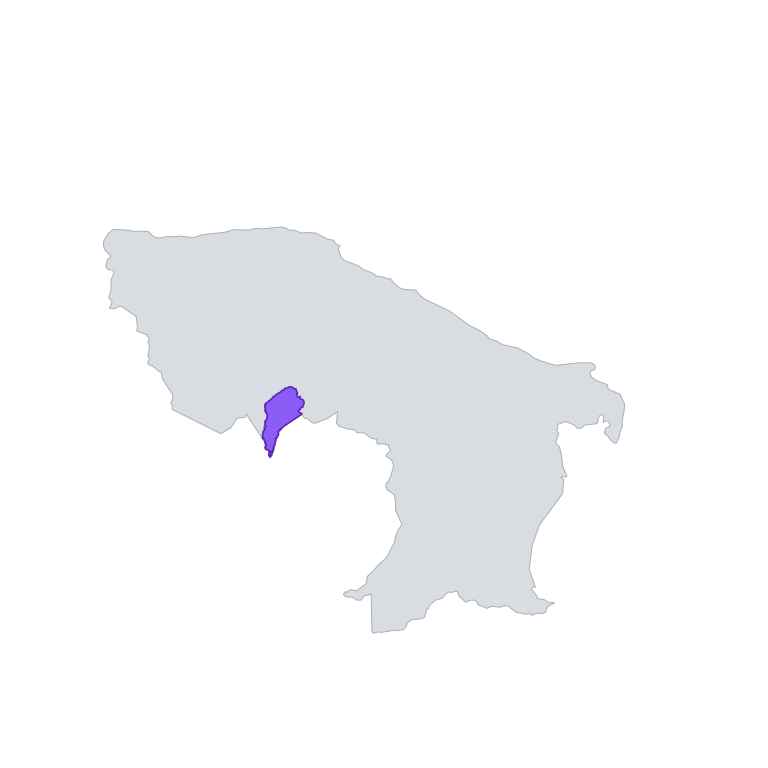 Purus, Ucayali, Peru (highlighted), rotated 146°
{"feature_id": "86281439B73301228794049", "entity_name": "Purus", "entity_type": "district", "adm_level": 2, "iso_a3": "PER", "parent_name": "Peru", "parent_adm1": "Ucayali", "projection": "mercator", "projection_center": [-71.206, -10.219], "detail": "fine", "context": "in_parent", "style": "filled", "palette": "violet", "viewbox_px": 768, "rotation_deg": 146, "n_neighbors": 0, "source": "geoboundaries", "source_scale": "gbopen_adm2", "svg_char_len": 9269}
<svg xmlns="http://www.w3.org/2000/svg" viewBox="0 0 768 768"><g transform="rotate(146 384 384)"><path d="M535.4,230.5L535.2,232.4L532.8,233.4L530.5,232.0L527.2,232.4L522.3,227.9L510.4,228.6L505.2,233.9L497.3,235.1L488.7,237.5L479.0,238.6L463.8,247.0L460.3,250.5L453.4,255.5L447.8,257.2L445.0,272.6L439.5,281.6L437.3,286.6L440.3,294.0L440.2,297.7L437.1,300.7L434.6,301.0L429.4,304.2L421.6,311.0L420.2,316.3L422.7,323.2L421.9,324.0L415.4,325.3L415.6,329.2L414.3,330.7L419.7,336.2L422.7,337.5L422.9,338.9L422.4,340.3L421.2,341.0L421.1,342.2L425.0,346.3L427.9,354.6L433.5,358.7L433.7,361.3L435.3,364.0L438.3,365.9L445.1,374.3L445.3,378.1L438.1,387.0L449.9,387.0L463.0,390.0L464.8,391.4L466.4,395.4L466.6,398.0L469.2,400.2L468.9,405.0L486.1,405.1L497.3,403.9L515.3,389.0L518.2,387.8L516.6,391.0L516.4,393.3L517.4,395.9L515.3,399.5L515.1,435.8L518.4,433.8L522.6,437.2L525.7,437.4L535.6,433.3L547.1,434.0L573.9,481.5L571.5,484.7L571.7,487.2L568.4,489.3L565.1,493.1L564.9,512.1L562.2,517.9L563.7,520.9L565.2,526.9L567.7,530.6L568.3,532.9L568.0,533.8L564.3,535.9L564.0,539.4L557.4,546.2L556.1,550.8L553.6,552.3L553.2,557.5L559.2,566.0L555.4,571.1L551.8,578.6L557.9,594.5L560.4,596.8L563.0,596.6L567.0,598.0L569.1,600.4L564.2,603.4L563.4,604.7L563.8,609.9L558.4,613.9L551.3,623.9L549.3,624.4L545.7,627.4L545.0,628.9L545.6,630.4L548.8,633.4L549.1,637.0L543.9,641.6L540.2,642.1L538.8,643.3L540.3,649.5L540.3,652.3L539.2,655.6L536.6,659.1L528.9,662.9L521.9,663.5L509.9,654.3L506.1,650.5L494.3,642.6L492.4,634.4L488.4,630.4L481.1,627.4L475.4,623.2L471.0,621.2L460.3,612.0L450.5,609.1L432.4,599.3L422.5,596.1L409.9,587.1L403.2,584.7L397.7,580.4L381.2,571.5L378.6,568.6L376.1,564.2L372.4,561.6L368.3,555.6L362.2,552.0L356.3,547.3L349.1,534.7L345.6,531.8L345.4,526.1L343.0,523.4L346.5,521.6L348.8,512.7L347.6,508.3L339.2,496.3L337.6,491.4L331.6,482.3L329.3,476.8L324.5,472.8L322.4,469.3L319.7,467.9L319.6,463.7L317.7,455.7L315.0,451.7L305.3,444.2L304.4,436.1L302.2,430.4L288.7,407.6L280.9,385.7L274.3,373.6L271.6,366.6L271.4,362.8L266.5,356.4L263.9,350.5L252.9,339.1L246.6,326.5L245.7,322.8L241.4,315.9L234.4,306.9L230.9,303.3L209.9,292.2L200.0,285.4L198.8,281.9L199.3,279.9L201.5,278.0L204.5,279.4L206.3,278.8L207.8,276.4L207.8,272.6L205.9,267.8L199.2,258.5L201.0,254.3L194.1,243.5L195.7,233.1L197.3,230.4L207.5,219.8L210.3,215.3L214.7,212.5L219.1,208.2L224.5,205.0L226.0,206.1L227.6,211.7L227.4,215.5L228.9,219.7L225.1,223.5L221.1,222.7L219.5,223.7L218.9,225.5L219.6,228.4L220.6,229.5L223.7,229.6L219.6,235.2L219.9,236.3L222.7,237.3L225.4,235.9L228.3,232.7L230.1,232.3L240.3,237.7L245.1,237.1L248.8,239.6L249.2,243.6L254.3,251.3L262.0,253.2L263.3,252.6L265.0,249.7L266.7,249.2L267.0,244.9L273.7,240.3L274.7,237.2L273.7,234.9L273.9,233.2L277.8,223.0L279.0,221.9L280.1,218.7L281.7,216.7L283.9,205.2L285.7,205.3L287.5,208.0L289.5,207.3L288.4,204.7L288.8,203.8L296.1,194.7L298.5,192.8L333.9,180.2L351.6,167.3L367.2,149.2L372.1,131.0L373.9,132.2L376.8,131.8L375.8,124.4L376.5,120.9L376.4,119.9L371.6,115.5L369.6,110.7L365.4,107.9L365.5,106.9L370.0,107.9L374.1,107.5L377.6,104.5L380.2,104.7L386.0,108.9L390.3,109.2L391.7,112.2L395.8,114.3L401.8,120.6L404.5,127.5L404.3,128.8L406.9,132.3L412.7,134.1L418.5,139.1L424.4,140.7L427.1,145.3L428.7,146.7L429.5,149.3L428.6,152.4L429.5,154.0L433.9,156.8L437.6,156.9L438.4,158.2L440.6,165.7L439.2,169.5L439.7,171.6L444.7,173.5L446.1,175.1L450.0,175.4L455.6,173.8L462.5,176.1L467.8,175.3L470.3,174.7L472.8,173.0L474.8,173.1L480.3,168.3L481.8,167.8L487.6,170.0L492.5,173.3L498.5,172.7L501.0,170.6L505.3,169.5L513.2,173.5L515.0,175.4L517.1,175.8L525.6,179.9L527.1,181.5L531.5,183.0L532.5,184.3L532.2,185.8L512.3,216.8L518.5,219.4L524.2,217.8L527.2,219.8L529.4,224.9L533.9,228.2L535.4,230.5Z" fill="#d9dde1" stroke="#a8b0b8" stroke-width="1"/><path d="M468.8,435.7L469.2,435.3L469.4,435.5L469.7,435.6L469.8,435.3L470.5,434.8L470.6,435.3L471.2,435.2L471.6,435.5L472.7,435.8L472.9,435.6L473.1,435.3L473.5,435.4L474.1,435.1L474.8,435.3L475.1,435.1L475.3,435.3L476.0,435.4L476.2,435.6L476.6,435.5L476.7,435.3L476.9,435.4L477.5,435.3L478.1,435.4L478.5,435.3L479.0,435.3L479.5,435.8L479.7,435.5L480.1,435.2L480.8,435.2L481.0,435.1L481.3,435.2L481.8,435.2L482.5,434.9L482.9,435.4L483.0,435.0L483.3,434.6L483.6,434.8L484.0,434.6L484.5,434.9L484.8,434.7L486.1,434.5L486.6,434.6L487.2,434.3L487.6,434.4L488.4,434.0L488.6,434.3L489.1,434.4L489.5,434.3L489.8,434.3L490.2,434.0L490.8,434.2L491.5,434.1L492.0,434.2L492.6,433.8L493.0,434.0L493.3,433.8L493.5,434.0L493.8,433.9L493.8,433.6L494.2,433.3L494.3,432.9L494.5,432.7L494.9,432.7L494.9,432.3L495.1,431.7L495.5,431.7L496.2,430.9L496.2,429.9L496.6,428.9L496.9,428.8L497.0,428.6L497.4,428.7L497.7,428.6L497.5,428.3L497.6,428.1L497.8,428.1L497.7,427.2L497.9,426.7L497.6,426.4L497.4,425.8L497.5,425.6L498.0,425.3L498.2,424.8L497.8,424.3L498.1,423.8L498.2,423.0L498.5,422.6L498.9,422.4L499.2,422.5L499.4,422.3L499.5,421.1L500.0,421.1L500.5,420.3L500.9,420.2L501.1,420.4L501.4,420.2L502.0,420.2L502.4,420.0L503.2,419.8L503.7,419.5L503.8,419.2L504.0,419.1L504.0,418.8L504.2,418.5L504.4,418.4L504.2,418.0L504.5,417.9L504.6,417.6L505.1,417.3L505.6,416.8L505.7,416.4L505.3,415.5L505.4,415.1L506.8,415.0L507.5,415.2L508.2,414.1L508.2,413.9L507.9,413.3L508.0,412.9L508.4,412.6L509.1,412.6L509.9,412.7L510.3,412.6L510.7,412.3L511.0,411.6L511.6,411.3L511.9,410.7L512.4,410.6L513.2,409.8L513.2,409.1L513.5,408.5L513.9,408.3L514.0,408.0L514.3,408.0L514.6,407.5L514.9,407.3L514.8,407.2L515.1,407.0L514.7,406.7L514.8,406.1L514.2,405.6L514.4,405.3L514.4,405.1L514.7,404.9L514.4,404.0L514.9,403.4L515.0,403.1L514.9,402.8L515.1,402.3L515.2,402.1L515.4,401.8L515.2,401.4L516.0,401.1L516.0,400.8L515.7,400.4L515.8,400.2L515.7,399.4L515.9,399.3L516.2,398.9L516.7,398.9L516.8,398.6L516.8,398.4L517.1,398.1L517.6,398.5L518.0,398.2L518.3,397.8L518.2,397.3L518.4,397.2L518.3,396.8L518.6,396.5L518.5,396.3L518.6,396.2L518.1,395.2L517.8,394.8L517.4,394.8L517.2,394.5L517.2,394.2L516.9,394.0L516.9,393.9L516.7,393.4L516.6,393.2L516.8,392.7L516.8,392.4L516.7,392.3L516.8,392.3L516.8,392.0L516.4,391.5L516.5,391.2L516.9,391.4L516.8,391.7L517.1,391.6L517.4,391.9L517.6,392.0L517.7,391.9L517.7,391.5L517.3,391.3L517.5,390.9L517.3,390.7L517.5,390.6L517.7,390.9L518.1,390.8L518.2,390.6L518.0,390.4L518.1,390.1L518.5,390.2L518.5,389.8L519.0,389.5L519.1,389.8L519.3,389.6L518.8,389.0L518.7,388.5L518.9,388.4L519.0,388.7L519.3,388.6L519.1,388.1L519.5,387.9L519.5,387.4L519.3,387.5L519.3,387.4L519.2,387.5L519.2,387.4L518.8,387.6L518.6,387.8L518.5,387.7L518.2,387.8L518.3,387.7L518.0,387.5L517.9,387.7L517.6,387.7L517.3,387.7L517.3,387.9L517.2,387.7L516.7,388.1L516.7,387.9L516.5,388.4L516.1,388.4L516.0,388.7L515.9,388.8L515.9,389.0L515.7,388.8L515.6,389.0L515.4,389.1L515.3,389.3L515.5,389.5L515.3,389.6L515.1,389.6L514.8,389.7L514.9,390.1L514.7,390.1L514.8,390.2L514.6,390.2L514.5,390.5L514.4,390.3L514.2,390.6L513.9,390.6L514.0,390.7L513.8,390.7L513.8,390.8L513.6,390.8L513.4,390.9L513.3,391.1L513.1,391.1L512.9,391.3L512.6,391.4L512.7,391.5L512.5,391.8L512.2,391.5L511.9,391.5L511.7,391.8L511.9,391.8L511.6,392.2L511.7,392.6L511.6,392.8L511.4,392.7L511.4,392.9L511.2,392.9L511.1,393.1L510.8,393.2L510.7,393.3L510.9,393.4L510.6,393.6L510.6,393.9L510.2,394.1L510.0,393.9L509.9,394.1L509.5,394.0L509.3,394.0L509.2,394.4L509.0,394.5L508.8,394.4L508.3,394.7L508.3,394.8L508.0,395.2L508.0,395.4L507.8,395.4L507.5,395.9L507.5,396.2L507.3,396.2L506.7,397.0L506.3,397.1L505.9,397.1L505.6,397.4L505.4,397.5L505.2,397.6L504.8,398.5L504.6,398.7L504.6,399.0L504.6,399.3L503.8,399.3L503.7,399.4L503.4,399.2L503.1,399.4L502.9,399.3L502.6,399.6L502.1,399.7L501.8,400.1L501.4,400.3L500.5,400.4L500.2,400.6L500.0,400.9L499.7,401.0L499.5,401.4L499.3,401.6L499.2,401.9L499.0,402.1L499.0,402.4L498.7,402.5L498.6,403.1L498.2,403.3L498.1,403.5L498.1,403.8L497.8,404.0L497.4,403.8L497.1,403.9L496.8,403.8L496.9,404.0L496.5,404.3L496.2,404.2L495.8,404.5L495.7,404.4L495.4,404.7L495.2,404.5L494.9,404.5L494.7,404.5L494.5,404.1L494.1,403.9L493.8,404.2L493.9,404.5L493.6,404.4L493.1,404.9L469.0,404.9L468.7,405.1L468.7,405.6L468.9,405.9L469.0,406.2L469.2,406.4L469.5,407.2L470.1,407.7L470.0,407.9L470.1,409.2L469.7,409.9L467.9,409.8L467.5,409.9L467.3,410.0L467.3,410.4L467.1,410.7L466.8,410.6L466.6,410.7L466.3,410.6L465.9,410.6L465.6,410.4L465.3,410.5L465.0,410.4L464.7,410.5L464.3,410.3L464.0,410.7L463.6,411.0L463.4,411.0L463.3,411.4L462.9,411.7L462.5,411.8L462.3,411.8L461.8,412.0L461.4,412.4L461.3,412.6L461.0,412.7L460.5,413.7L460.2,414.1L460.0,415.0L460.4,415.4L460.4,415.6L460.0,416.1L460.1,416.5L460.3,416.8L460.5,416.9L460.6,417.2L460.8,417.6L461.7,418.4L461.8,419.4L461.5,419.8L460.6,420.2L460.4,420.4L461.1,420.6L461.4,420.5L462.1,420.7L462.4,421.0L462.9,421.3L463.0,421.6L462.6,422.4L462.7,423.1L462.5,423.3L462.4,424.0L462.2,424.2L462.2,424.7L461.7,424.7L461.2,424.3L460.6,425.5L460.7,425.9L460.6,426.5L460.4,426.8L460.4,427.8L460.3,428.1L459.9,428.3L460.0,428.6L459.9,428.7L459.8,428.9L460.2,429.8L461.3,430.6L461.5,431.2L461.5,432.0L461.8,432.6L462.3,432.9L462.4,433.4L462.7,433.5L463.2,434.0L463.5,434.1L463.5,434.3L464.0,434.5L464.4,434.5L464.8,434.8L465.0,434.9L465.4,434.7L465.5,434.8L465.7,434.6L466.0,434.7L466.5,434.6L467.2,434.9L467.9,435.8L468.1,435.8L468.3,435.6L468.5,435.6L468.8,435.7Z" fill="#8b5cf6" stroke="#5b21b6" stroke-width="1.5"/></g></svg>